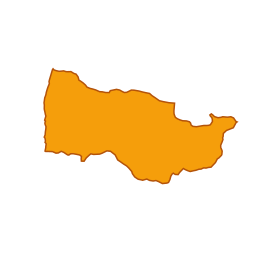 Germasogeia, Limassol, Cyprus (Natural Earth projection), rotated 120°
{"feature_id": "46923920B41569206347275", "entity_name": "Germasogeia", "entity_type": "district", "adm_level": 2, "iso_a3": "CYP", "parent_name": "Cyprus", "parent_adm1": "Limassol", "projection": "natural_earth1", "projection_center": [33.082, 34.721], "detail": "fine", "context": "isolated", "style": "filled", "palette": "amber", "viewbox_px": 256, "rotation_deg": 120, "n_neighbors": 0, "source": "geoboundaries", "source_scale": "gbopen_adm2", "svg_char_len": 2482}
<svg xmlns="http://www.w3.org/2000/svg" viewBox="0 0 256 256"><g transform="rotate(120 128 128)"><path d="M68.2,36.6L68.3,37.9L66.5,41.6L66.8,44.5L68.9,47.3L70.9,51.6L71.8,52.4L72.4,53.0L74.1,55.2L74.9,58.8L74.3,61.1L74.1,62.9L75.8,63.6L76.6,62.4L77.0,60.7L78.4,59.3L80.2,58.1L84.0,58.3L85.2,59.3L86.5,61.1L88.0,63.7L92.7,69.4L94.2,72.8L93.8,75.0L92.4,76.3L91.9,77.9L92.6,80.8L94.4,84.3L95.0,87.1L95.3,89.8L95.1,92.3L93.9,93.9L92.6,95.3L90.4,96.7L83.2,100.1L85.6,105.1L87.6,110.8L88.7,114.5L88.2,119.7L88.0,123.3L87.3,126.6L88.5,130.1L89.6,133.6L90.5,137.0L92.2,141.6L93.5,144.1L95.5,145.4L97.7,146.9L99.1,148.9L99.3,151.3L99.3,154.2L100.3,157.3L104.5,162.0L106.7,162.0L108.5,165.2L109.5,168.3L110.7,170.7L111.2,175.1L111.9,178.1L112.7,180.8L113.1,184.0L112.1,186.2L111.4,189.5L111.1,192.8L111.1,194.4L108.7,196.8L107.3,199.9L107.8,202.1L107.7,205.6L109.5,208.5L110.2,209.9L110.7,212.3L112.2,214.3L113.4,216.1L114.2,218.7L114.7,221.1L114.2,222.5L115.2,222.6L125.6,220.1L127.3,219.6L128.9,218.3L132.5,217.8L134.5,217.4L137.9,216.6L140.1,215.8L141.5,215.5L143.5,215.2L146.2,214.1L148.2,213.3L150.0,211.9L153.3,210.1L154.6,209.0L155.4,208.2L157.7,206.2L158.7,205.1L162.9,204.1L163.3,202.9L164.3,202.8L165.8,202.1L166.8,201.0L167.8,199.7L169.9,198.7L172.5,197.7L174.6,196.7L175.4,196.3L177.8,196.0L178.3,194.8L180.1,193.3L181.2,192.8L182.0,192.6L182.1,192.1L182.5,191.1L183.7,190.5L184.8,190.1L186.4,189.3L189.5,188.3L189.5,187.9L189.5,187.6L188.7,186.3L186.2,181.6L185.8,177.8L184.5,175.9L181.6,174.2L181.2,171.5L181.4,168.5L181.5,166.9L181.0,165.7L179.0,164.8L177.7,162.6L176.7,159.9L175.5,156.3L175.9,154.1L178.2,153.1L180.0,151.8L178.7,149.4L174.8,149.2L171.2,148.1L169.0,147.3L168.1,144.6L164.8,139.5L162.9,137.9L158.4,134.9L156.9,131.5L157.7,125.7L159.3,123.2L160.8,121.0L161.0,118.0L161.4,113.8L161.5,110.3L162.2,107.5L163.1,104.9L163.8,103.0L165.3,101.4L167.0,97.8L167.3,93.9L167.1,93.0L166.3,90.6L165.9,89.2L162.8,86.2L162.6,83.1L161.3,79.7L159.5,77.5L159.1,74.5L158.9,70.4L156.2,66.7L154.9,65.7L151.8,65.9L148.4,66.8L146.0,66.8L144.5,66.2L144.6,63.9L143.3,61.3L140.7,61.1L135.4,59.8L135.4,57.4L135.3,56.8L135.1,55.0L134.6,52.4L132.0,49.6L130.7,48.1L128.2,45.9L127.0,44.1L126.6,43.9L124.7,42.5L123.7,40.4L122.0,38.7L120.4,36.5L114.2,35.0L110.1,35.2L108.4,34.3L104.9,33.4L104.0,33.5L100.9,34.9L99.9,36.1L98.6,37.9L96.6,39.1L93.4,39.5L90.5,40.0L89.1,41.2L88.0,41.3L85.0,42.7L80.9,41.5L75.1,36.9L69.2,37.1L68.2,36.6Z" fill="#f59e0b" stroke="#b45309" stroke-width="1.5"/></g></svg>